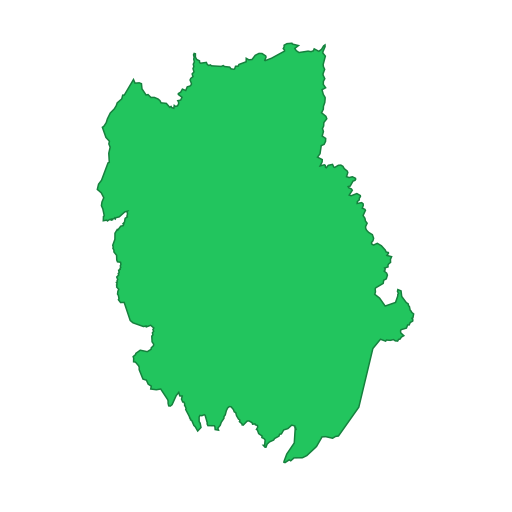 Ullensaker nor, Akershus, Norway, rotated 173°
{"feature_id": "86288312B44440966574319", "entity_name": "Ullensaker nor", "entity_type": "district", "adm_level": 2, "iso_a3": "NOR", "parent_name": "Norway", "parent_adm1": "Akershus", "projection": "mercator", "projection_center": [11.196, 60.154], "detail": "fine", "context": "isolated", "style": "filled", "palette": "green", "viewbox_px": 512, "rotation_deg": 173, "n_neighbors": 0, "source": "geoboundaries", "source_scale": "gbopen_adm2", "svg_char_len": 6095}
<svg xmlns="http://www.w3.org/2000/svg" viewBox="0 0 512 512"><g transform="rotate(173 256 256)"><path d="M161.8,457.1L163.3,456.3L165.7,453.2L168.7,451.5L173.0,454.5L174.0,452.7L176.5,452.1L179.3,453.0L188.5,452.7L191.0,454.9L192.2,457.3L188.2,459.7L194.0,461.9L194.4,462.8L199.4,463.0L202.4,461.8L202.6,460.1L203.7,458.5L202.6,457.1L202.7,455.9L216.5,450.4L223.1,448.8L223.5,449.1L221.8,452.2L222.0,453.4L225.4,456.3L228.4,456.7L232.3,455.3L236.0,451.5L239.2,451.6L241.6,453.4L242.1,450.0L249.6,448.2L250.6,446.6L253.2,446.8L254.4,444.3L255.1,444.0L258.0,444.8L259.1,446.7L264.2,447.9L265.3,449.0L267.4,448.4L277.1,450.2L277.9,451.2L279.8,450.9L281.1,452.2L281.7,454.2L287.5,454.1L288.4,454.9L288.3,456.6L290.9,458.3L291.9,460.8L291.5,464.1L292.7,464.6L293.5,463.3L293.2,460.8L293.8,459.0L293.5,456.1L294.9,454.0L294.6,451.6L295.7,449.7L295.1,446.3L297.2,444.5L296.7,441.7L299.1,440.2L300.0,438.7L299.1,435.3L299.3,434.0L300.8,432.7L303.6,432.3L305.6,428.8L308.7,430.6L310.8,427.8L313.3,426.7L313.4,425.8L310.1,422.6L311.8,419.9L314.7,419.7L314.1,418.3L314.3,416.4L315.7,414.5L317.8,414.3L318.8,415.4L319.6,412.6L321.6,413.6L322.1,414.8L323.5,414.1L326.4,418.4L331.6,419.6L332.4,421.9L334.1,423.8L337.6,425.8L341.0,426.2L343.5,429.4L345.5,429.2L348.8,435.8L348.7,441.0L350.8,442.1L355.0,442.3L356.1,446.1L367.1,431.8L368.7,431.9L370.1,428.3L375.1,424.9L376.4,422.2L378.8,419.2L383.2,415.7L386.8,410.2L388.4,406.6L391.3,403.2L392.8,402.5L390.5,392.0L387.5,387.7L388.4,385.2L387.5,381.8L389.6,375.9L390.2,366.9L391.5,366.5L400.1,350.0L403.5,346.5L405.4,341.4L401.9,337.6L400.0,332.4L402.3,328.4L403.3,324.8L402.3,321.4L401.7,314.4L402.6,313.8L403.3,309.6L399.8,309.8L399.2,308.9L396.7,310.1L395.1,309.2L394.3,309.4L394.8,310.3L392.0,310.3L391.8,310.9L391.1,310.0L390.6,311.1L387.0,311.5L380.8,315.8L378.1,316.1L378.6,315.6L378.4,313.4L379.2,311.4L378.9,310.6L381.3,309.3L382.4,305.7L384.0,304.3L383.3,304.0L384.1,302.3L386.6,302.1L390.0,298.6L390.5,299.2L393.2,295.8L394.0,289.8L396.9,284.1L396.6,282.3L397.1,281.1L396.3,279.2L396.5,277.3L394.3,273.7L394.7,269.0L394.2,267.1L391.2,266.3L391.1,264.1L391.9,262.8L391.7,261.0L392.5,260.3L392.4,259.3L394.1,258.6L393.8,256.3L394.9,255.4L394.6,253.9L396.8,252.1L396.1,249.5L396.9,248.4L396.8,247.1L397.8,246.8L397.2,245.1L398.0,244.2L397.7,243.3L398.1,242.2L396.3,239.7L397.4,237.8L398.1,235.1L397.4,233.6L397.2,230.4L397.9,229.4L396.1,226.3L392.5,226.0L388.7,207.3L386.3,204.7L376.3,199.7L373.6,199.9L373.5,199.0L369.0,200.1L366.2,197.0L367.3,195.5L366.7,193.8L368.2,192.4L367.9,190.3L369.2,189.2L369.6,183.5L368.3,180.9L368.7,179.5L371.1,177.7L371.6,176.1L375.6,174.3L382.4,176.6L387.1,174.0L387.6,172.8L390.2,171.1L389.9,169.3L390.4,165.9L388.6,165.4L385.9,161.3L385.5,159.9L385.8,157.4L383.2,147.6L379.9,146.1L378.6,141.9L375.8,139.6L376.7,136.8L371.2,135.4L366.8,135.6L361.3,124.5L360.9,123.2L361.2,120.4L360.9,117.9L359.3,117.5L357.4,118.7L352.2,127.2L349.3,130.1L348.7,126.4L346.3,126.0L347.4,123.0L346.5,120.0L345.6,120.0L344.8,118.2L345.1,116.1L344.6,115.7L344.0,113.1L344.5,112.2L342.0,105.6L341.4,103.7L341.6,103.4L340.8,102.2L341.0,101.4L339.8,100.5L338.3,95.4L337.1,93.9L335.2,89.4L331.5,92.5L331.8,96.9L332.6,98.6L332.1,103.1L331.1,104.6L329.2,104.1L326.7,104.8L325.9,104.0L324.7,96.3L325.0,95.3L324.4,93.5L318.1,92.6L317.6,91.6L317.7,88.7L314.4,87.7L314.8,89.8L312.1,92.4L310.8,95.1L307.6,98.8L307.4,100.5L305.9,102.0L304.3,106.1L302.6,108.7L300.9,109.8L299.1,109.4L297.1,106.3L296.6,104.0L295.2,103.0L294.8,99.9L293.2,96.2L292.2,95.5L292.1,94.2L292.6,93.6L290.4,91.2L290.4,90.1L289.3,89.7L284.9,93.2L283.2,93.2L280.3,91.1L279.9,89.5L277.5,89.5L277.2,88.5L275.2,87.6L275.2,85.8L276.7,83.8L275.8,83.1L275.0,79.4L271.9,76.6L272.3,75.1L270.1,73.6L269.4,72.2L270.5,67.1L271.8,67.2L270.3,65.1L269.4,65.0L267.9,67.9L265.3,69.8L260.9,71.2L259.8,72.6L255.2,74.4L254.3,76.2L252.5,76.3L249.7,80.0L245.4,80.8L241.1,83.8L238.2,82.5L238.3,80.7L237.7,80.8L237.4,79.0L238.3,79.0L240.8,65.8L249.6,55.7L253.3,48.6L253.4,47.8L252.3,47.4L247.9,49.6L246.5,48.5L242.8,51.0L234.5,50.1L229.9,51.7L219.2,59.5L212.5,68.4L208.8,68.2L202.2,65.8L199.1,67.2L196.1,67.3L172.4,93.4L151.3,149.9L142.6,158.2L137.7,155.7L136.8,156.7L132.9,155.9L129.8,156.3L128.1,154.8L125.8,154.3L124.7,155.8L123.1,156.0L121.6,157.8L119.0,158.9L121.7,162.1L121.7,164.0L121.0,165.2L115.5,166.1L113.9,169.1L112.4,168.9L111.0,171.2L108.4,172.3L108.1,173.5L108.8,175.2L107.8,175.5L106.6,179.3L108.6,181.3L108.5,182.0L109.6,183.5L109.9,187.2L110.7,188.1L110.8,190.0L112.5,191.4L116.3,198.1L116.3,203.7L119.3,205.4L119.9,203.6L119.1,201.5L119.9,200.7L120.2,199.0L123.2,192.9L133.9,190.6L138.5,199.2L142.8,203.5L141.8,205.8L141.7,209.0L141.1,209.8L133.1,213.3L132.2,216.4L129.5,217.4L127.9,221.0L128.4,223.0L130.6,225.4L129.7,226.2L129.4,227.5L129.8,228.4L126.3,229.1L126.1,230.9L125.4,231.9L123.2,233.3L123.0,236.2L121.5,238.8L126.0,240.6L124.2,242.6L124.2,243.3L126.3,244.1L127.0,246.2L130.3,250.9L134.1,253.8L138.1,252.5L139.8,254.0L139.6,255.5L138.1,256.8L137.1,259.2L137.9,263.0L141.3,265.7L143.1,268.1L143.8,270.2L143.6,271.9L141.7,275.0L143.1,277.4L143.3,280.2L144.8,283.1L141.8,288.0L142.3,289.1L144.7,290.5L143.4,293.1L143.3,294.7L144.6,296.1L149.2,295.8L148.8,297.7L146.7,299.1L146.3,301.0L145.1,302.2L145.1,303.3L148.3,305.7L154.3,304.2L156.1,305.1L152.4,309.5L153.1,310.9L155.7,312.5L156.1,313.7L154.0,313.9L150.6,318.5L148.5,319.0L147.7,320.1L147.8,321.0L150.7,322.9L154.0,322.5L156.5,323.7L154.7,327.7L155.1,329.2L157.8,332.0L158.8,334.4L160.7,335.9L163.2,336.0L167.1,334.3L168.0,334.9L168.9,337.6L173.2,337.2L175.5,335.0L176.2,335.5L176.2,337.5L177.1,338.2L181.4,337.6L178.9,341.3L178.5,343.6L182.9,346.6L180.0,349.7L177.8,357.6L174.8,358.5L173.0,361.3L172.5,364.2L175.7,367.0L173.9,371.3L174.5,374.4L173.0,376.8L172.4,380.2L169.0,383.6L169.6,386.1L173.5,390.2L171.3,393.4L170.8,396.4L169.0,400.0L168.2,403.8L168.1,405.0L169.5,408.1L170.2,413.0L166.4,414.5L168.3,418.1L167.8,421.2L166.1,423.6L167.3,427.2L167.3,428.6L165.1,432.9L166.0,435.7L166.0,437.9L162.8,445.9L164.8,449.1L164.8,450.4L161.9,455.4L161.8,457.1Z" fill="#22c55e" stroke="#15803d" stroke-width="1.5"/></g></svg>